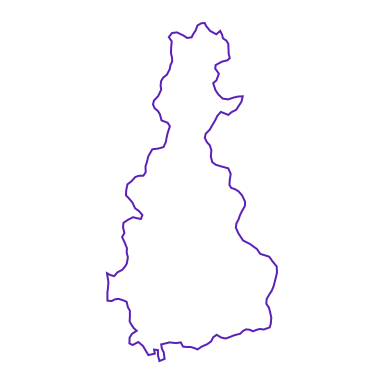 outline of Rialma, Goiás, Brazil
{"feature_id": "56859067B97969314154614", "entity_name": "Rialma", "entity_type": "district", "adm_level": 2, "iso_a3": "BRA", "parent_name": "Brazil", "parent_adm1": "Goiás", "projection": "albers", "projection_center": [-49.534, -15.316], "detail": "fine", "context": "isolated", "style": "outline", "palette": "violet", "viewbox_px": 384, "rotation_deg": 0, "n_neighbors": 0, "source": "geoboundaries", "source_scale": "gbopen_adm2", "svg_char_len": 2587}
<svg xmlns="http://www.w3.org/2000/svg" viewBox="0 0 384 384"><path d="M107.4,300.6L111.5,301.1L115.1,299.3L118.6,298.9L123.0,300.2L126.6,301.8L127.9,307.2L129.9,310.7L129.9,316.7L129.6,321.2L131.2,324.4L133.8,328.2L136.7,330.8L132.1,333.7L129.6,337.6L129.4,343.4L132.6,345.0L138.3,342.0L142.9,345.9L148.4,355.1L154.8,353.6L154.1,349.6L157.9,350.1L158.0,355.4L159.4,361.0L164.6,358.9L163.7,352.3L161.9,348.7L161.2,344.4L169.7,342.4L176.0,343.1L180.8,342.4L183.0,346.6L187.3,347.0L190.7,347.0L193.9,347.9L197.6,349.4L201.7,346.6L207.2,344.2L211.1,341.4L213.2,337.3L216.6,334.8L221.4,337.6L225.7,338.5L229.6,337.1L234.4,335.2L240.1,333.8L243.0,331.0L245.9,329.4L249.6,329.7L253.0,331.3L256.4,329.9L259.7,329.0L263.9,329.5L269.7,327.4L270.8,323.6L271.3,317.7L269.9,311.2L268.9,307.6L266.3,303.8L266.7,298.9L269.2,294.6L271.7,290.8L273.6,286.2L275.8,277.7L277.0,272.6L276.7,266.5L272.4,261.2L269.2,256.7L264.2,255.1L260.2,253.9L257.0,249.1L250.0,244.0L243.1,240.5L238.5,233.5L235.8,227.6L236.5,223.2L238.5,219.5L239.9,215.4L242.0,211.0L244.9,206.0L245.1,201.9L242.2,195.6L238.5,191.3L235.0,189.2L231.2,187.9L229.4,184.9L229.9,179.0L230.7,173.8L228.2,168.3L220.8,166.3L215.9,164.8L212.3,162.2L210.8,156.5L211.4,150.3L209.7,145.2L207.0,142.3L204.8,137.8L205.7,133.8L209.8,129.6L215.5,119.7L217.3,115.9L220.9,111.9L228.3,114.9L231.6,112.1L236.2,109.8L238.5,106.2L241.4,101.9L242.7,96.3L237.6,96.6L233.2,97.7L228.1,99.4L222.7,98.6L218.2,94.3L215.4,90.0L213.2,83.1L216.4,80.4L218.9,73.7L215.2,68.6L215.6,65.1L221.8,61.7L227.4,60.3L229.8,58.1L228.7,54.1L228.3,43.9L226.4,40.6L223.0,38.4L222.1,34.7L220.2,30.9L216.3,34.3L210.1,30.9L206.2,26.1L204.7,23.0L201.2,23.3L197.4,25.5L195.8,30.1L193.1,34.3L191.6,37.3L187.3,38.0L183.6,35.6L177.0,32.4L172.0,33.0L168.8,37.1L171.7,41.3L171.1,48.5L171.0,53.5L171.9,57.0L172.2,61.4L170.4,65.3L169.7,69.2L166.9,74.7L163.3,77.5L161.1,81.1L160.6,85.7L161.2,89.6L158.2,96.1L153.9,100.6L153.0,104.4L154.6,108.2L158.0,111.1L159.9,114.3L161.5,120.4L167.7,122.8L169.9,126.3L167.6,133.2L166.5,138.2L165.8,142.1L163.5,147.1L158.0,148.6L152.3,149.3L148.3,156.3L147.0,161.7L145.5,166.3L145.7,172.2L143.4,175.7L138.8,175.8L135.3,177.0L131.5,181.2L127.4,184.4L126.2,190.5L126.0,195.4L128.5,197.9L132.4,202.5L135.1,208.3L139.1,211.2L142.4,215.1L140.9,219.0L136.9,218.2L133.0,217.2L127.6,220.0L123.5,222.8L123.0,227.2L124.4,233.0L122.1,237.1L124.6,242.4L126.9,248.0L126.7,252.6L127.9,257.4L126.8,263.5L125.0,266.6L122.3,269.8L117.3,272.4L114.3,276.1L110.4,275.1L107.0,273.2L108.4,282.3L108.1,286.6L107.4,292.5L107.4,300.6Z" fill="none" stroke="#5b21b6" stroke-width="2"/></svg>